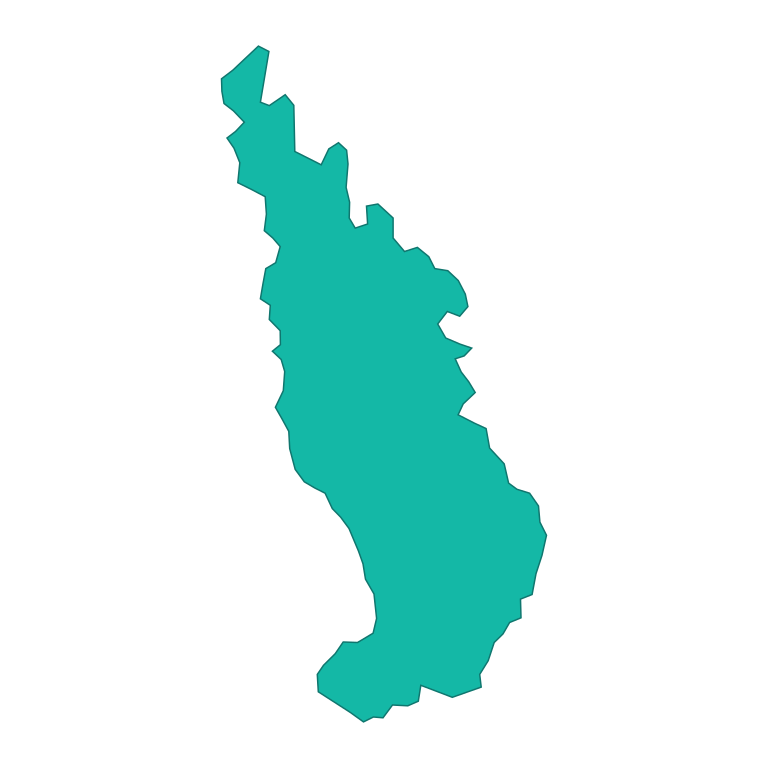 the district of Vista Alegre, Rio Grande do Sul, Brazil
{"feature_id": "56859067B7058350465037", "entity_name": "Vista Alegre", "entity_type": "district", "adm_level": 2, "iso_a3": "BRA", "parent_name": "Brazil", "parent_adm1": "Rio Grande do Sul", "projection": "equal_earth", "projection_center": [-53.516, -27.316], "detail": "fine", "context": "isolated", "style": "filled", "palette": "teal", "viewbox_px": 768, "rotation_deg": 0, "n_neighbors": 0, "source": "geoboundaries", "source_scale": "gbopen_adm2", "svg_char_len": 1636}
<svg xmlns="http://www.w3.org/2000/svg" viewBox="0 0 768 768"><path d="M245.4,58.3L232.8,70.2L221.5,78.8L221.9,91.3L224.0,103.5L233.4,110.8L244.3,122.2L235.5,131.5L227.0,138.0L234.0,148.2L239.8,162.7L237.8,182.7L251.4,189.4L265.2,196.7L266.4,214.1L264.3,230.7L272.8,238.0L280.2,246.6L275.7,262.7L265.8,268.6L262.9,284.2L260.4,298.8L270.3,305.3L269.3,319.5L280.2,330.7L280.4,344.7L272.4,351.2L281.2,359.5L284.7,371.5L283.3,390.7L275.4,407.3L282.2,419.2L288.8,431.4L289.7,448.6L295.2,469.4L304.3,481.8L314.8,488.0L325.1,493.2L332.3,508.6L340.6,517.1L349.0,528.5L358.5,551.1L363.0,563.8L365.5,579.2L374.0,594.0L376.6,618.4L373.1,633.2L357.5,642.5L343.2,642.0L335.2,653.7L323.5,665.3L317.3,674.4L318.3,691.8L350.1,712.3L363.5,721.9L373.4,717.0L383.0,717.8L392.5,705.0L407.8,705.8L418.3,701.2L420.8,685.3L452.3,697.3L481.2,687.1L479.7,674.4L488.2,660.7L494.2,642.5L503.0,633.9L509.6,622.5L521.0,617.8L520.5,599.1L532.1,594.5L536.0,573.7L542.0,555.3L546.5,535.3L539.9,522.1L538.5,506.0L529.6,493.2L517.0,489.3L508.6,483.1L504.2,463.9L489.6,448.1L486.1,428.6L474.3,423.1L458.1,414.8L463.2,403.9L475.2,392.5L468.8,381.9L461.2,372.0L455.2,358.8L464.2,355.9L471.7,348.1L459.7,344.0L445.7,338.0L437.7,324.0L447.3,311.5L459.7,316.2L467.9,306.6L465.3,294.1L458.3,280.6L447.8,270.7L434.8,268.6L428.8,256.7L417.4,247.4L404.5,251.5L393.1,238.0L393.1,218.0L377.9,204.0L366.5,206.1L367.6,224.0L355.2,228.1L349.2,218.0L349.6,202.2L346.1,187.4L348.0,164.0L346.6,150.2L338.5,142.7L328.8,148.9L321.2,164.8L294.8,151.5L293.8,105.3L285.2,94.7L269.3,105.6L260.4,102.2L268.9,51.5L258.4,46.1L245.4,58.3Z" fill="#14b8a6" stroke="#0f766e" stroke-width="1.5"/></svg>